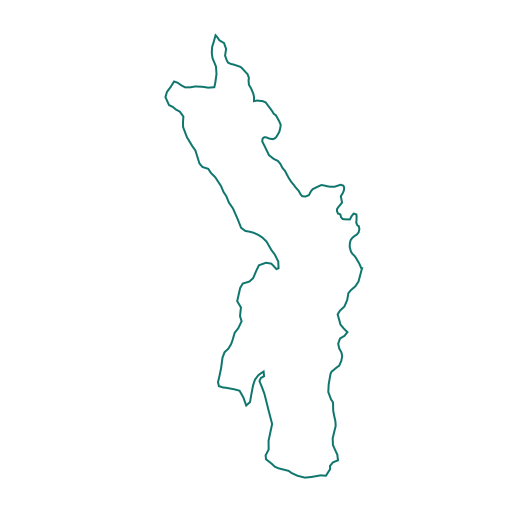 the district of Beluru, Sarawak, Malaysia, rotated 186°
{"feature_id": "92858781B6450115296433", "entity_name": "Beluru", "entity_type": "district", "adm_level": 2, "iso_a3": "MYS", "parent_name": "Malaysia", "parent_adm1": "Sarawak", "projection": "robinson", "projection_center": [114.255, 3.561], "detail": "fine", "context": "isolated", "style": "outline", "palette": "teal", "viewbox_px": 512, "rotation_deg": 186, "n_neighbors": 0, "source": "geoboundaries", "source_scale": "gbopen_adm2", "svg_char_len": 3294}
<svg xmlns="http://www.w3.org/2000/svg" viewBox="0 0 512 512"><g transform="rotate(186 256 256)"><path d="M176.0,318.1L177.9,324.3L176.7,326.7L176.0,328.4L175.4,330.8L175.5,333.3L176.5,335.1L179.3,335.7L185.1,333.1L188.9,332.7L191.6,332.7L196.2,333.3L198.4,333.4L201.5,331.6L206.6,328.4L208.1,326.1L209.8,322.0L213.1,320.3L216.4,320.3L218.4,322.4L220.3,325.2L224.0,328.6L226.0,330.8L228.6,333.3L231.6,337.0L236.1,343.7L239.0,346.5L241.5,350.3L244.3,352.9L248.5,354.4L253.6,357.6L258.0,364.7L261.8,370.7L261.8,372.9L261.0,374.4L259.7,375.1L258.0,375.0L255.2,374.2L253.2,374.0L251.4,374.0L249.8,374.8L248.5,376.1L247.3,378.5L245.8,381.9L245.3,385.6L245.1,389.0L247.0,392.4L250.9,398.0L253.2,399.3L254.9,401.5L256.9,403.8L262.5,409.8L265.5,410.7L271.3,410.7L274.2,409.8L274.6,413.9L275.6,417.1L278.5,422.3L280.9,425.5L281.7,429.4L281.7,432.4L283.3,435.8L290.0,441.7L291.4,442.5L297.9,444.0L301.2,444.4L304.2,445.5L305.7,447.9L307.7,452.0L307.5,456.5L307.3,458.6L310.0,464.4L314.8,466.6L318.4,470.6L319.3,471.3L320.6,463.6L321.5,459.3L321.2,453.3L319.9,448.1L317.4,443.6L315.6,440.2L314.3,432.8L314.6,424.0L315.1,419.5L321.2,418.4L326.5,418.7L334.0,418.3L339.0,416.9L344.1,416.3L348.5,418.1L351.9,420.1L355.7,421.0L358.6,415.1L361.7,409.9L362.7,404.6L358.3,397.0L354.2,395.5L350.8,393.2L347.0,391.7L342.8,387.1L342.6,381.5L342.0,376.6L337.1,366.9L330.9,358.7L327.3,354.6L321.9,342.1L318.5,338.9L312.6,337.7L309.2,333.6L304.8,330.1L298.1,321.9L295.0,316.3L291.7,312.3L288.6,306.4L283.9,300.9L278.0,290.6L273.8,282.5L269.2,279.8L264.8,279.5L260.9,278.9L255.8,277.2L251.4,274.9L247.0,271.4L241.3,263.5L237.7,259.7L233.3,252.9L232.3,246.2L234.3,245.1L237.2,247.7L240.0,250.0L245.4,250.3L252.1,247.1L254.2,241.3L256.5,233.7L259.9,229.9L266.3,227.2L268.4,222.6L270.0,209.1L265.6,203.3L265.6,194.5L263.5,189.6L266.1,182.3L269.2,177.3L270.5,170.0L271.5,165.9L273.8,160.9L277.2,157.1L278.7,151.3L279.0,140.8L279.8,132.9L280.6,126.5L279.3,122.7L275.1,121.8L271.8,121.8L264.0,121.2L258.3,120.3L253.9,114.2L250.1,106.3L246.7,110.1L246.2,117.4L245.4,127.1L244.1,132.9L241.3,137.6L239.5,139.3L236.4,141.9L235.4,137.3L238.4,135.2L239.5,132.0L236.4,126.2L233.3,120.0L230.2,111.6L227.9,105.2L222.4,90.6L224.2,73.6L223.2,65.0L224.6,61.2L225.6,58.8L224.8,54.9L218.9,51.2L215.2,48.4L211.4,47.2L201.0,45.7L198.0,43.9L191.8,41.8L184.3,40.7L182.8,41.0L177.9,42.0L168.8,44.6L163.5,44.8L163.2,45.3L160.0,51.9L160.5,54.9L157.9,58.8L153.1,61.4L154.4,67.0L157.0,71.3L159.7,76.0L160.7,82.7L159.0,95.3L159.7,99.7L161.7,105.7L163.0,110.0L164.1,118.4L166.5,121.4L169.9,128.3L170.3,136.0L169.6,146.3L168.9,148.7L163.8,153.9L161.8,155.6L160.2,160.7L159.8,165.5L161.0,169.1L163.5,172.6L165.1,177.3L163.8,182.8L159.7,185.8L157.1,189.8L161.2,193.1L164.8,196.6L168.7,206.5L166.9,210.3L162.8,215.0L160.7,221.7L160.2,228.7L158.1,231.9L154.0,236.3L151.4,241.3L149.3,254.7L149.8,254.5L152.7,259.6L154.1,261.4L155.9,263.9L157.7,266.1L160.3,268.2L162.0,270.2L163.8,274.9L164.0,278.8L163.5,281.8L162.1,284.1L160.0,286.3L158.2,287.6L156.4,290.2L156.0,293.6L156.9,296.4L158.3,297.0L159.8,299.6L159.8,301.6L160.0,305.2L160.5,307.8L163.3,308.4L165.1,305.6L166.4,302.2L170.9,301.8L173.7,301.8L175.5,303.5L176.4,306.1L179.0,306.9L180.2,309.3L180.3,311.2L179.3,313.1L176.7,317.0L176.0,318.1Z" fill="none" stroke="#0f766e" stroke-width="2"/></g></svg>